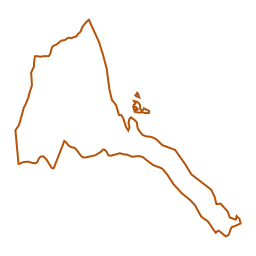 SVG path tracing the border of Eritrea
{"feature_id": "ERI", "entity_name": "Eritrea", "entity_type": "country or territory", "adm_level": 0, "iso_a3": "ERI", "parent_name": "Africa", "parent_adm1": "", "projection": "robinson", "projection_center": [39.36, 15.191], "detail": "fine", "context": "isolated", "style": "outline", "palette": "amber", "viewbox_px": 256, "rotation_deg": 0, "n_neighbors": 0, "source": "natural_earth", "source_scale": "50m", "svg_char_len": 2300}
<svg xmlns="http://www.w3.org/2000/svg" viewBox="0 0 256 256"><path d="M18.5,163.9L17.5,152.9L16.8,145.5L16.1,137.6L15.4,130.3L18.6,125.7L20.1,121.4L23.9,107.4L25.5,104.6L28.5,97.1L28.9,94.9L31.9,85.5L31.6,79.2L31.1,72.9L32.7,69.1L34.1,66.1L34.0,63.6L34.7,57.6L35.2,56.2L36.9,56.1L40.6,56.8L43.2,56.2L46.3,56.2L48.7,56.1L50.1,54.2L52.0,47.3L53.3,46.0L54.2,45.5L56.9,44.3L59.2,42.3L61.1,40.8L61.8,40.5L63.8,40.3L65.8,39.5L66.8,38.5L69.3,37.7L71.7,38.2L73.4,37.3L74.5,36.8L75.8,36.7L76.9,35.9L77.4,34.7L78.1,33.9L80.1,32.1L81.0,30.8L81.4,29.5L81.7,28.5L82.6,26.7L86.0,22.3L88.9,19.8L99.0,42.0L103.1,55.1L106.7,68.8L109.4,89.4L111.9,99.9L116.1,105.1L118.9,114.9L121.3,115.2L123.1,117.9L126.1,127.1L128.3,130.5L129.4,127.6L129.3,125.9L128.5,123.1L129.2,119.4L130.9,117.3L134.8,120.2L136.9,122.5L137.4,127.0L138.3,129.5L142.4,134.8L145.8,136.3L150.2,136.7L153.9,137.9L156.8,139.8L162.4,145.2L175.1,149.9L185.3,164.4L191.4,174.4L211.2,189.7L214.6,196.9L216.4,204.1L220.6,203.7L227.7,211.5L229.8,217.5L235.7,219.6L236.6,216.1L239.5,219.0L240.6,223.5L236.9,225.2L232.8,226.8L232.2,226.8L230.8,228.8L228.9,234.4L226.8,236.1L225.6,236.2L219.2,231.0L218.2,230.7L216.8,231.7L215.8,232.8L212.8,228.8L210.6,225.2L207.5,221.0L204.6,219.1L201.4,216.8L198.2,211.3L195.0,205.2L190.3,200.2L181.5,193.0L173.3,183.9L167.1,174.4L163.1,169.5L161.4,168.2L153.2,165.1L147.4,160.8L143.0,157.2L140.3,156.3L137.6,156.1L132.0,156.8L127.3,154.6L125.4,154.6L122.2,153.9L119.8,153.2L116.9,154.1L111.0,155.7L108.5,155.4L107.2,153.1L106.4,151.4L104.4,149.6L102.7,149.6L101.7,151.2L95.5,155.2L85.2,157.5L82.7,157.3L80.9,155.7L75.7,148.8L74.2,147.7L73.0,147.6L70.6,146.8L68.3,145.4L66.3,142.6L64.3,141.0L62.2,146.5L58.4,156.2L56.4,161.4L53.8,168.1L52.9,168.3L51.6,167.8L46.5,159.5L43.2,156.3L40.8,156.6L39.0,158.2L37.9,161.0L36.7,162.7L35.4,163.3L32.6,163.0L28.2,161.7L23.8,162.0L19.2,163.9L18.5,163.9ZM140.2,108.6L141.6,110.6L142.6,110.4L143.4,109.7L143.9,108.3L149.2,111.1L148.9,113.0L145.7,113.1L142.1,112.3L138.7,112.6L134.7,111.8L133.7,108.6L136.3,110.1L137.6,109.7L137.9,109.3L136.0,107.1L133.5,106.7L133.6,105.0L134.8,104.3L135.5,103.5L134.0,101.1L136.9,101.7L138.7,103.1L139.9,104.8L140.2,108.6ZM138.0,93.7L139.2,97.4L135.9,96.0L135.3,95.2L136.8,93.8L137.1,92.9L138.0,93.7Z" fill="none" stroke="#b45309" stroke-width="2"/></svg>